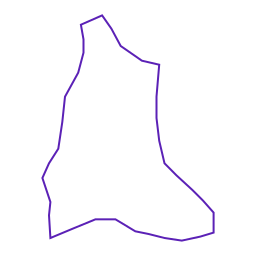 the district of Palaiosofos, Cyprus
{"feature_id": "46923920B16450205187108", "entity_name": "Palaiosofos", "entity_type": "district", "adm_level": 2, "iso_a3": "CYP", "parent_name": "Cyprus", "parent_adm1": "", "projection": "orthographic", "projection_center": [33.209, 35.319], "detail": "fine", "context": "isolated", "style": "outline", "palette": "violet", "viewbox_px": 256, "rotation_deg": 0, "n_neighbors": 0, "source": "geoboundaries", "source_scale": "gbopen_adm2", "svg_char_len": 521}
<svg xmlns="http://www.w3.org/2000/svg" viewBox="0 0 256 256"><path d="M50.4,238.0L72.9,228.6L95.5,219.3L115.4,219.3L135.3,231.3L148.6,234.0L164.5,238.0L181.8,240.6L200.3,236.6L213.6,232.6L213.6,212.6L203.0,200.6L192.4,190.0L176.4,175.3L164.5,163.3L159.2,140.7L156.5,118.0L156.5,96.7L159.2,64.7L141.9,60.7L120.7,46.0L111.4,28.7L102.1,15.4L80.9,24.7L83.5,39.4L83.5,52.7L78.2,72.7L65.0,96.7L62.3,122.0L58.3,148.7L49.0,163.3L42.4,178.0L50.4,202.0L49.0,215.3L50.4,238.0Z" fill="none" stroke="#5b21b6" stroke-width="2"/></svg>